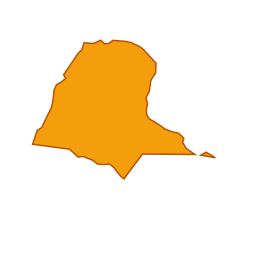 São Francisco, Paraíba, Brazil, rotated 38°
{"feature_id": "56859067B77351971445898", "entity_name": "São Francisco", "entity_type": "district", "adm_level": 2, "iso_a3": "BRA", "parent_name": "Brazil", "parent_adm1": "Paraíba", "projection": "orthographic", "projection_center": [-38.051, -6.637], "detail": "fine", "context": "isolated", "style": "filled", "palette": "amber", "viewbox_px": 256, "rotation_deg": 38, "n_neighbors": 0, "source": "geoboundaries", "source_scale": "gbopen_adm2", "svg_char_len": 892}
<svg xmlns="http://www.w3.org/2000/svg" viewBox="0 0 256 256"><g transform="rotate(38 128 128)"><path d="M156.3,170.5L155.9,164.5L155.5,139.5L197.0,107.7L186.5,108.3L179.9,105.7L178.3,101.7L171.0,100.9L165.6,103.7L157.5,106.1L152.7,106.1L146.8,106.7L139.4,107.7L134.7,106.0L131.6,102.9L128.3,96.7L123.7,93.3L122.1,85.7L116.6,76.3L115.8,67.5L110.2,59.7L90.8,56.5L86.4,56.9L77.8,58.7L71.7,61.9L62.1,68.3L61.0,72.7L58.0,76.0L52.4,75.7L48.7,82.7L40.9,87.9L43.5,94.7L42.7,99.7L44.5,125.7L48.3,127.1L47.1,133.1L45.0,137.7L46.4,143.7L51.0,150.9L55.0,158.7L56.4,165.5L57.2,169.7L59.7,180.9L58.0,186.0L62.8,199.5L69.7,195.5L95.0,180.7L100.5,181.1L106.5,181.7L110.4,177.9L114.2,176.9L120.2,175.1L125.7,175.3L129.1,173.3L132.1,171.1L135.8,167.7L142.0,168.0L147.7,169.7L152.5,170.5L156.3,170.5ZM215.1,97.7L204.5,98.9L202.1,104.6L215.1,97.7Z" fill="#f59e0b" stroke="#b45309" stroke-width="1.5"/></g></svg>